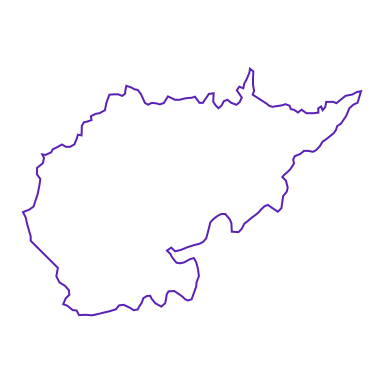 the district of Nova Glória, Goiás, Brazil
{"feature_id": "56859067B657997990289", "entity_name": "Nova Glória", "entity_type": "district", "adm_level": 2, "iso_a3": "BRA", "parent_name": "Brazil", "parent_adm1": "Goiás", "projection": "orthographic", "projection_center": [-49.482, -15.08], "detail": "fine", "context": "isolated", "style": "outline", "palette": "violet", "viewbox_px": 384, "rotation_deg": 0, "n_neighbors": 0, "source": "geoboundaries", "source_scale": "gbopen_adm2", "svg_char_len": 2775}
<svg xmlns="http://www.w3.org/2000/svg" viewBox="0 0 384 384"><path d="M115.9,309.3L119.0,305.4L123.7,304.8L130.0,307.8L133.6,310.2L137.7,309.5L139.2,306.6L141.8,302.6L143.3,298.2L146.9,296.0L150.2,295.8L151.6,298.7L155.4,303.3L161.3,306.6L165.1,303.3L166.1,298.8L166.7,294.4L168.6,291.3L174.4,291.1L178.5,293.8L182.6,296.8L185.1,299.2L187.9,300.5L191.6,299.3L193.6,293.8L196.2,286.5L196.5,282.5L198.9,276.1L197.9,268.6L196.2,262.3L193.9,258.1L190.1,259.1L183.9,262.5L179.8,263.3L176.5,262.7L174.1,259.9L172.0,257.1L170.3,253.9L166.9,250.6L171.2,247.6L175.1,251.3L180.7,250.0L187.3,247.3L193.6,245.2L199.2,243.9L203.1,241.9L206.2,238.3L208.0,231.8L210.4,222.2L212.8,219.6L215.5,217.4L218.1,215.6L221.4,214.0L225.3,214.0L229.8,219.4L231.4,223.3L231.8,231.7L238.5,232.1L241.6,229.0L244.4,223.6L247.5,221.3L251.3,218.0L255.7,214.8L258.5,212.4L261.3,209.2L264.6,206.2L267.8,204.9L271.7,207.6L277.8,211.7L281.4,208.2L283.1,196.2L286.8,191.6L287.7,187.5L285.9,180.5L282.3,177.0L284.5,174.5L287.0,172.5L290.2,169.4L294.0,163.6L293.2,159.4L294.8,156.2L300.7,153.7L303.9,150.9L308.1,150.9L313.1,151.8L316.3,150.0L319.9,146.1L322.6,141.6L325.7,139.6L330.2,136.0L333.7,133.2L335.9,130.1L337.2,126.1L341.0,123.6L343.6,119.7L346.2,115.9L349.3,108.3L353.4,104.6L357.6,102.7L361.0,91.2L356.6,92.1L352.4,94.5L345.6,95.8L336.4,103.2L333.3,101.9L326.2,101.9L325.2,107.2L322.6,110.2L321.2,106.5L318.2,108.4L318.4,112.6L313.7,113.2L306.4,113.2L301.5,109.7L298.0,112.5L294.0,109.8L290.9,109.2L289.5,105.7L285.5,104.2L281.6,105.4L275.8,106.3L272.4,106.8L269.3,105.9L266.7,103.7L252.7,94.7L254.1,90.8L253.0,84.9L253.0,79.2L253.3,71.4L250.0,68.7L249.4,72.8L246.2,80.2L244.3,83.4L243.3,88.3L239.3,86.7L236.8,90.3L241.8,97.5L239.6,102.2L236.4,104.8L231.2,102.8L227.5,99.8L223.8,101.2L221.4,105.8L218.4,108.2L215.5,105.2L213.2,101.7L213.7,93.3L208.9,93.9L202.8,102.9L199.4,102.8L195.0,96.7L191.6,97.8L187.7,98.0L183.7,98.7L179.5,99.8L175.1,99.8L171.0,97.8L167.9,96.4L163.9,103.0L159.8,104.4L156.0,103.3L151.6,102.9L148.2,104.7L145.0,103.0L141.0,94.3L137.8,89.9L134.4,89.3L131.6,87.6L126.4,85.8L125.4,90.1L125.0,93.8L122.2,95.9L118.2,94.3L114.3,94.3L109.4,94.7L106.3,103.1L105.0,110.2L99.5,113.2L95.8,113.8L90.9,116.2L91.5,120.1L87.1,121.6L84.0,122.2L81.8,125.9L81.7,131.5L81.5,135.4L77.9,134.7L76.7,138.8L74.4,144.4L69.9,146.9L65.6,146.7L61.9,144.5L57.5,147.0L52.8,149.3L51.2,152.3L45.6,154.9L42.2,154.4L44.0,157.9L42.9,163.2L37.1,167.8L36.9,174.2L40.3,179.0L39.5,184.9L37.8,193.6L33.5,206.6L29.3,209.6L23.0,212.1L25.7,217.5L27.1,223.9L30.7,236.4L30.7,240.8L57.9,267.9L56.3,276.2L59.5,282.5L65.0,285.8L68.9,290.3L69.3,294.9L65.7,298.3L63.2,304.2L67.3,305.7L72.7,310.1L76.6,310.5L79.0,315.1L86.0,314.8L89.2,315.1L92.5,315.3L110.4,311.0L115.9,309.3Z" fill="none" stroke="#5b21b6" stroke-width="2"/></svg>